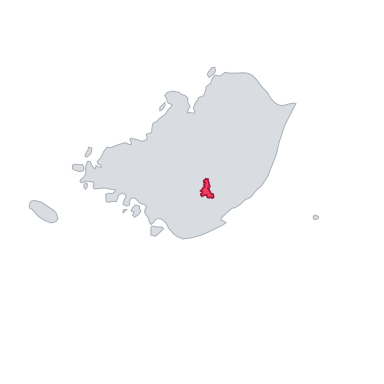 Gunwi-gun, North Gyeongsang, South Korea shown in context, rotated 51°
{"feature_id": "91817680B30315657457409", "entity_name": "Gunwi-gun", "entity_type": "district", "adm_level": 2, "iso_a3": "KOR", "parent_name": "South Korea", "parent_adm1": "North Gyeongsang", "projection": "natural_earth1", "projection_center": [128.644, 36.164], "detail": "fine", "context": "in_parent", "style": "filled", "palette": "rose", "viewbox_px": 384, "rotation_deg": 51, "n_neighbors": 0, "source": "geoboundaries", "source_scale": "gbopen_adm2", "svg_char_len": 4933}
<svg xmlns="http://www.w3.org/2000/svg" viewBox="0 0 384 384"><g transform="rotate(51 192 192)"><path d="M118.5,97.8L119.7,96.9L119.8,95.5L119.8,91.0L123.4,87.9L128.4,81.5L130.9,78.1L133.7,74.8L137.0,72.6L140.2,71.6L145.2,71.1L154.8,71.6L156.7,71.2L163.4,70.8L165.0,71.4L169.8,71.8L175.2,71.4L177.9,70.4L180.4,68.8L182.6,65.9L184.9,60.6L187.3,56.4L188.7,55.6L198.5,78.0L207.9,92.5L216.0,103.1L227.5,123.3L230.9,134.1L231.2,140.9L233.1,150.1L231.5,155.4L232.0,163.7L231.3,168.0L229.9,171.2L229.9,177.2L230.3,180.5L230.4,184.8L231.3,186.5L232.6,187.1L234.7,185.5L237.3,184.9L236.8,190.1L233.8,203.2L231.1,212.7L227.4,221.0L222.8,228.6L217.2,231.6L213.2,232.7L205.7,233.0L199.5,231.7L194.1,232.7L192.0,234.3L190.4,237.0L191.5,241.2L191.4,244.3L189.1,244.1L184.5,242.3L179.5,242.0L177.1,241.1L174.8,236.7L172.3,236.8L168.1,239.5L161.6,240.1L159.4,241.5L158.6,243.3L159.5,245.7L162.7,248.7L161.6,251.8L158.2,253.4L155.5,249.6L153.8,245.8L151.9,245.6L149.0,246.7L148.3,250.7L149.7,253.5L152.0,256.7L148.8,260.3L147.9,262.9L145.6,264.8L139.5,260.6L140.4,257.7L143.1,254.8L143.4,251.9L142.5,250.1L133.7,257.6L128.2,266.0L125.3,265.4L124.1,263.3L122.4,262.4L116.5,267.8L115.4,272.2L113.2,272.3L112.3,270.5L112.2,266.6L111.2,263.3L105.2,258.4L102.4,254.2L103.9,251.9L109.0,253.2L113.0,253.0L112.2,251.0L110.9,250.0L113.6,248.9L115.9,246.6L114.0,246.0L111.2,247.3L108.8,246.7L107.9,241.2L105.1,235.5L103.7,230.0L106.5,226.8L108.0,221.9L110.7,214.8L112.0,212.5L115.6,210.9L116.9,209.0L115.0,208.1L111.8,207.2L111.9,205.2L114.0,204.1L116.5,201.8L121.2,199.1L122.7,193.9L121.3,192.6L118.4,191.3L119.1,188.7L120.3,186.7L119.9,185.5L116.4,182.1L114.1,179.1L114.8,175.6L114.4,170.2L114.7,165.8L114.6,163.4L112.9,158.0L112.2,152.5L110.0,153.3L108.2,154.7L101.8,152.7L99.8,152.6L99.0,148.6L101.3,143.6L106.8,139.2L109.9,138.7L112.3,136.7L115.9,136.1L120.3,139.1L124.3,139.7L126.4,144.9L127.8,145.9L128.1,144.1L131.3,141.8L132.1,140.2L131.4,139.2L127.7,138.3L124.4,132.0L124.0,129.2L122.8,127.4L124.6,122.3L120.9,116.5L119.0,114.6L119.3,109.4L117.3,106.1L116.2,104.3L115.6,101.1L116.2,99.7L117.9,99.2L118.5,97.8ZM104.5,327.3L102.6,328.4L100.9,327.7L100.4,327.2L98.4,324.3L97.9,322.8L99.3,320.0L105.0,315.4L119.7,310.9L122.3,310.7L128.1,312.6L129.3,316.2L128.2,319.3L126.9,321.4L120.2,324.9L114.9,326.6L104.5,327.3ZM203.5,247.9L199.6,251.0L194.5,246.9L193.2,244.6L197.2,241.2L200.5,237.3L202.7,237.1L203.5,247.9ZM175.9,247.6L175.5,252.5L172.6,252.7L170.9,249.5L169.0,251.1L168.1,251.1L166.7,247.2L166.4,244.1L169.8,241.8L171.9,243.2L174.8,243.9L175.9,247.6ZM101.0,269.5L98.4,270.3L97.0,268.5L95.9,268.1L96.5,265.8L100.8,261.3L101.7,259.8L105.6,260.7L107.1,263.1L105.2,266.7L101.0,269.5ZM113.9,100.1L113.6,106.7L111.4,106.4L109.9,105.8L109.3,104.5L107.8,98.3L109.5,95.8L112.8,97.8L113.9,100.1ZM98.6,251.3L98.1,252.5L96.3,252.2L94.5,248.7L93.8,246.0L92.0,244.4L94.9,242.1L98.5,246.4L98.6,251.3ZM109.3,162.6L108.7,165.9L106.0,163.7L105.3,156.6L108.0,158.7L109.3,162.6ZM291.3,113.1L289.5,114.6L287.3,113.1L287.0,111.5L288.1,110.1L290.8,109.3L292.0,110.5L291.3,113.1ZM122.3,270.8L122.9,273.2L119.6,272.8L117.9,270.5L118.1,268.5L120.1,268.2L122.3,270.8ZM165.0,257.2L164.6,258.7L162.5,256.4L164.6,253.8L165.0,257.2Z" fill="#d9dde1" stroke="#a8b0b8" stroke-width="1"/><path d="M209.1,177.9L208.2,177.7L207.9,177.4L207.4,177.1L206.9,177.0L206.5,177.1L206.2,177.6L205.7,178.0L204.9,178.1L204.3,178.0L203.9,177.8L203.4,177.7L202.3,177.8L201.8,177.7L201.6,177.2L201.1,177.1L200.5,177.2L200.2,176.7L199.8,176.8L199.4,177.5L199.0,177.3L199.1,176.6L198.9,175.9L199.1,175.3L199.1,174.6L198.4,174.3L197.7,174.1L197.1,173.9L196.2,173.8L195.8,173.8L195.7,173.5L195.6,173.1L195.2,172.9L194.5,172.6L193.8,172.5L193.4,172.4L192.9,172.3L192.6,172.1L192.5,171.6L192.2,171.3L191.7,171.6L191.4,172.1L191.2,172.6L190.6,172.8L190.3,172.9L190.3,173.1L190.5,173.3L190.7,173.6L190.7,173.9L190.7,174.3L190.5,174.5L190.5,175.4L190.5,175.6L191.1,176.1L191.3,176.6L191.8,176.7L192.2,176.3L192.6,176.0L193.1,175.8L193.2,176.1L193.1,176.9L193.3,177.5L193.9,178.1L194.1,178.4L194.3,178.2L194.9,177.7L195.3,178.0L195.6,178.5L196.0,178.9L196.0,179.2L195.7,179.6L195.6,180.3L195.6,180.8L195.9,181.3L196.2,181.7L196.2,182.1L196.2,182.3L196.3,182.8L196.3,183.1L196.6,183.8L196.5,184.7L197.1,184.6L197.5,184.3L197.8,184.1L198.2,183.7L198.7,183.7L199.0,184.3L199.1,184.6L199.3,185.2L199.2,185.5L199.1,185.9L198.9,186.3L199.0,186.6L199.3,186.7L199.5,186.8L199.9,187.0L200.7,187.0L201.7,187.0L201.6,186.6L201.8,186.1L201.9,185.8L202.1,185.5L202.1,185.1L202.2,184.5L202.5,184.1L202.7,183.7L202.8,183.3L203.0,183.1L203.4,183.0L203.5,182.7L203.5,182.4L203.9,182.4L204.1,182.7L204.2,183.0L204.7,182.9L205.1,183.2L205.6,183.3L206.1,183.4L206.5,183.2L207.0,182.4L207.5,182.1L207.8,181.6L207.9,181.0L207.9,180.6L208.3,180.4L208.9,180.4L209.3,180.3L209.4,180.1L209.7,179.7L209.8,179.3L209.7,178.6L209.3,178.5L209.2,178.3L209.1,178.0L209.1,177.9Z" fill="#f43f5e" stroke="#9f1239" stroke-width="1.5"/></g></svg>